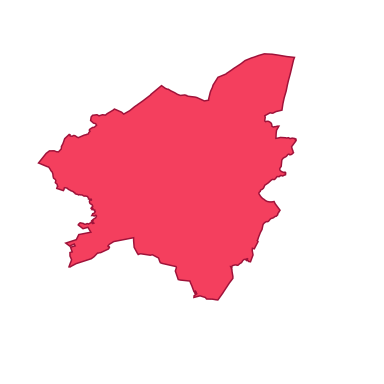 outline of Ambeļu pag., Daugavpils, Latvia, rotated 161°
{"feature_id": "27541924B25126117723417", "entity_name": "Ambeļu pag.", "entity_type": "district", "adm_level": 2, "iso_a3": "LVA", "parent_name": "Latvia", "parent_adm1": "Daugavpils", "projection": "robinson", "projection_center": [26.898, 56.048], "detail": "fine", "context": "isolated", "style": "filled", "palette": "rose", "viewbox_px": 384, "rotation_deg": 161, "n_neighbors": 0, "source": "geoboundaries", "source_scale": "gbopen_adm2", "svg_char_len": 5956}
<svg xmlns="http://www.w3.org/2000/svg" viewBox="0 0 384 384"><g transform="rotate(161 192 192)"><path d="M332.7,161.3L331.7,160.8L330.0,161.2L324.8,162.0L309.0,161.7L305.7,162.7L301.2,165.0L300.2,164.7L299.1,164.7L298.2,164.4L289.6,165.3L288.3,166.3L288.0,166.7L288.2,167.2L288.8,167.4L289.1,167.8L289.1,168.3L287.1,169.5L282.1,170.6L262.1,167.8L263.1,164.8L264.7,158.5L263.6,151.9L263.2,150.4L262.3,150.5L260.6,150.3L252.0,145.8L249.9,145.6L245.1,140.5L245.1,136.9L244.9,135.4L243.3,134.1L231.4,126.7L231.4,125.5L233.5,122.7L233.5,113.7L231.6,112.5L223.0,108.5L223.0,106.7L222.7,103.2L222.6,97.2L221.1,97.2L221.1,96.8L220.6,95.9L220.7,95.5L220.9,95.5L221.3,96.0L221.5,96.1L222.2,95.8L222.3,95.5L221.9,94.7L221.0,94.1L223.7,93.3L223.9,93.0L224.5,91.7L218.2,91.2L213.7,87.9L213.1,86.1L207.5,84.0L204.8,82.5L202.7,81.5L195.8,86.4L194.6,87.4L186.3,93.8L181.5,97.0L180.8,99.0L180.0,104.0L179.4,106.1L179.8,106.6L179.1,107.3L178.8,107.8L178.9,108.0L179.8,108.5L179.8,108.9L179.0,108.5L178.3,108.8L177.7,109.2L176.3,109.1L175.5,109.1L174.0,108.7L173.6,108.4L173.3,108.0L172.3,107.8L170.2,108.7L168.3,109.1L167.1,109.9L166.6,110.5L165.0,111.2L164.5,111.2L162.6,110.8L161.5,111.0L161.2,110.7L161.9,109.8L162.6,109.9L162.9,109.7L162.6,109.3L161.5,109.0L161.3,108.7L161.1,107.9L160.5,107.5L159.8,107.3L159.4,107.0L154.8,112.6L154.1,117.1L153.2,119.1L151.6,118.0L145.7,123.6L146.0,124.7L146.1,124.8L145.3,125.6L143.8,127.6L140.6,131.4L138.0,133.8L135.8,137.5L135.2,138.3L134.1,139.0L132.2,139.7L131.1,139.7L130.1,139.3L129.5,139.4L128.7,139.7L127.2,140.7L125.9,141.2L124.0,141.1L123.2,141.2L121.6,141.8L120.0,141.7L119.3,142.2L118.6,142.4L118.3,142.7L118.0,143.6L117.8,143.8L116.8,144.3L116.3,144.8L116.1,145.2L115.7,145.3L114.7,146.1L117.2,153.9L117.5,156.3L119.6,156.6L121.7,157.3L124.0,158.6L125.3,160.0L126.3,161.6L127.3,162.8L128.2,164.6L128.7,166.0L129.3,168.6L129.1,169.3L128.3,170.0L127.3,170.3L126.7,171.3L125.9,171.6L124.8,171.7L123.3,172.3L122.7,172.8L121.0,174.7L116.9,175.8L112.8,177.6L111.7,177.7L110.3,177.0L109.9,177.0L108.9,177.4L106.5,178.9L104.6,178.1L103.6,178.4L103.2,178.7L102.7,178.7L101.3,177.9L101.0,177.6L99.4,177.9L98.5,177.8L97.9,177.9L97.8,179.1L97.4,179.1L97.2,179.6L97.3,180.2L97.8,180.5L99.1,180.8L100.3,181.8L101.3,183.0L101.7,183.9L101.7,184.6L101.5,185.4L100.8,186.1L99.3,187.2L96.8,192.7L96.2,193.4L94.5,194.4L91.9,194.8L91.0,195.1L89.4,196.1L88.8,196.3L88.2,196.3L87.8,196.1L87.5,195.7L87.5,195.4L86.5,195.1L85.1,195.3L83.3,196.1L83.4,196.3L83.2,198.1L83.3,200.0L83.1,202.4L77.4,206.3L76.8,206.8L76.6,207.4L76.6,207.7L77.0,207.7L76.8,208.1L77.3,208.2L77.4,208.4L77.5,208.7L77.4,208.8L77.5,209.0L77.3,209.0L77.5,209.2L77.8,209.3L79.6,210.3L81.9,210.6L82.3,210.9L82.7,211.5L83.0,211.9L84.8,212.2L85.4,212.4L85.8,212.8L90.6,214.8L93.1,215.0L95.2,215.4L93.4,219.9L92.0,222.8L88.4,226.0L89.6,226.4L91.8,226.6L92.7,226.9L93.7,226.8L94.8,227.8L95.1,228.3L95.0,228.6L94.8,228.9L94.6,230.5L95.0,232.0L96.4,233.6L97.0,234.1L98.3,234.5L99.5,234.5L100.1,235.6L98.4,238.9L98.4,240.4L92.3,241.5L91.5,240.9L89.9,240.2L86.4,240.7L80.3,240.1L77.3,245.9L74.2,251.0L70.1,256.8L67.0,262.1L64.6,265.9L60.4,272.1L53.0,283.8L51.3,285.9L58.3,289.2L66.0,293.4L71.4,296.2L78.7,299.1L84.5,299.4L89.2,299.3L92.2,299.4L99.0,299.0L104.4,297.2L112.5,295.2L114.7,294.5L120.6,292.9L121.5,292.5L130.1,292.0L137.3,286.2L138.7,284.2L141.5,281.3L142.4,280.1L145.9,274.6L146.5,273.4L150.7,274.1L156.6,279.7L158.1,280.7L164.7,283.9L166.0,285.1L165.9,285.2L167.2,286.1L171.6,287.1L174.1,289.2L176.0,291.5L179.1,294.6L181.0,296.9L181.8,297.2L183.4,298.6L186.2,302.5L199.2,297.6L199.3,297.3L208.6,294.2L218.6,291.3L224.3,289.2L231.2,287.9L232.6,290.4L236.9,294.4L238.4,295.7L239.8,295.1L246.7,293.7L248.8,292.9L251.5,294.2L255.1,294.3L256.7,296.0L261.0,296.9L262.9,295.8L264.6,292.6L262.7,289.2L260.9,288.0L260.5,286.2L263.4,285.0L265.0,285.4L268.2,284.6L268.7,284.3L269.0,283.6L268.6,282.7L268.9,282.4L270.1,281.9L271.0,280.8L271.7,280.7L272.7,280.8L272.9,280.6L275.4,280.9L281.8,280.4L282.9,281.4L284.1,283.1L285.1,283.8L285.7,284.0L287.1,283.7L288.9,284.6L289.0,285.1L288.7,285.7L288.7,285.9L289.4,286.4L295.0,283.9L298.3,279.7L300.7,277.5L300.9,276.7L301.7,275.2L305.2,273.4L307.0,274.2L308.9,275.8L313.4,277.3L317.3,276.0L327.7,269.4L320.6,263.1L319.4,262.3L318.8,260.2L318.4,257.9L317.7,256.4L317.7,254.3L318.2,252.2L318.4,250.2L317.2,248.4L317.0,247.2L318.2,245.3L317.0,243.2L317.1,241.8L317.3,241.6L317.1,241.1L318.0,240.4L318.7,239.4L313.2,235.2L312.3,235.9L311.5,237.4L310.8,237.5L309.1,236.5L308.5,235.9L308.1,234.8L307.8,234.5L307.1,233.9L306.2,232.7L305.3,232.1L305.1,231.7L303.9,230.8L303.8,230.0L303.1,229.4L303.2,229.2L303.0,228.9L303.0,228.5L302.8,228.3L302.6,228.0L300.6,226.7L300.1,226.1L299.4,226.2L298.0,225.4L297.2,225.2L296.4,224.5L295.8,223.6L295.0,223.1L294.3,223.1L293.7,222.6L293.2,222.4L292.2,221.7L292.1,220.5L291.7,219.7L292.1,219.1L291.2,218.4L289.7,218.1L289.6,217.3L289.8,217.1L290.7,217.5L291.2,217.5L291.6,217.2L292.2,216.2L292.2,214.6L292.1,214.3L291.6,213.6L290.8,212.8L290.5,211.6L290.5,210.9L290.7,210.5L291.9,210.2L292.2,209.8L292.7,209.5L292.8,209.3L292.4,208.9L291.6,209.1L291.2,208.9L291.1,208.2L292.0,207.8L289.9,206.7L290.3,205.9L290.2,205.5L289.8,205.2L290.5,204.3L291.2,203.9L293.0,203.8L293.6,203.0L294.2,202.6L294.4,202.4L293.4,202.1L292.8,201.5L292.2,201.1L290.6,201.4L290.4,201.3L290.3,200.8L290.1,200.4L291.5,198.9L292.9,198.7L294.8,198.1L294.9,197.9L294.8,197.3L294.9,197.1L295.9,197.6L296.5,197.3L296.6,197.2L296.0,196.5L295.7,195.7L294.9,194.5L295.3,194.4L296.2,194.6L296.0,195.5L296.4,195.7L297.2,195.7L297.9,195.9L300.3,195.4L301.2,196.2L301.6,196.3L302.5,196.1L303.9,196.4L304.3,196.6L304.7,197.4L305.3,197.8L307.8,199.3L309.9,198.4L310.3,197.9L307.0,192.8L301.9,192.5L300.7,186.9L312.9,188.6L316.9,184.6L328.0,184.8L325.3,180.8L320.3,181.2L320.0,179.1L324.8,179.3L324.8,174.4L327.1,174.5L328.2,171.2L327.9,167.3L328.9,165.8L330.1,164.5L332.7,161.3Z" fill="#f43f5e" stroke="#9f1239" stroke-width="1.5"/></g></svg>